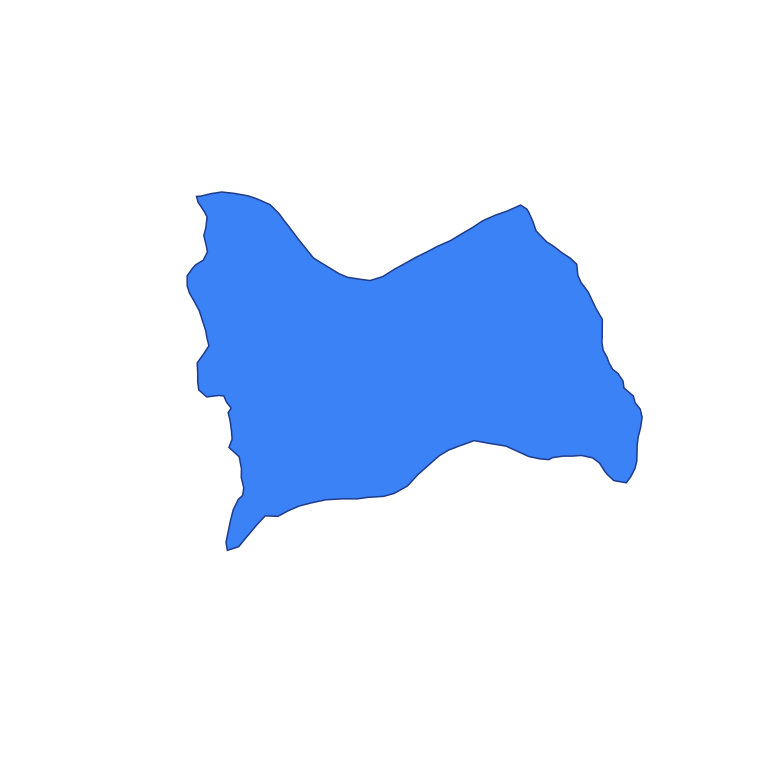 Zaqatala District, Zaqatala, Azerbaijan, rotated 212°
{"feature_id": "54616110B4759617374649", "entity_name": "Zaqatala District", "entity_type": "district", "adm_level": 2, "iso_a3": "AZE", "parent_name": "Azerbaijan", "parent_adm1": "Zaqatala", "projection": "mercator", "projection_center": [46.691, 41.618], "detail": "fine", "context": "isolated", "style": "filled", "palette": "blue", "viewbox_px": 768, "rotation_deg": 212, "n_neighbors": 0, "source": "geoboundaries", "source_scale": "gbopen_adm2", "svg_char_len": 1971}
<svg xmlns="http://www.w3.org/2000/svg" viewBox="0 0 768 768"><g transform="rotate(212 384 384)"><path d="M642.4,443.7L637.8,439.5L628.2,435.2L622.6,432.0L617.9,422.1L615.4,414.3L608.4,407.5L603.7,402.4L602.9,393.2L607.0,385.0L607.6,381.3L608.3,371.4L602.7,362.7L597.1,358.0L588.9,353.6L579.4,348.2L570.8,340.9L563.3,334.6L558.1,328.8L552.7,323.6L552.9,314.1L553.6,302.9L548.0,294.9L543.0,286.9L537.9,280.8L527.5,279.1L517.8,286.9L513.5,289.0L508.4,285.4L500.8,282.5L501.0,277.1L495.4,271.7L488.6,263.5L483.6,256.8L481.9,248.0L468.3,245.6L459.9,236.5L455.6,229.2L447.9,221.6L444.8,214.7L446.4,208.9L445.2,197.4L441.5,185.9L434.1,166.0L428.7,159.9L428.1,160.6L421.0,169.0L419.6,180.1L417.3,196.7L414.9,209.2L403.8,215.6L398.1,225.7L391.0,235.9L383.3,244.0L372.2,254.8L358.4,264.6L346.0,272.3L337.9,279.1L324.8,288.5L317.4,296.6L310.0,310.1L307.3,325.0L303.2,338.8L299.2,352.3L294.4,361.9L287.3,371.4L283.2,376.5L277.6,383.7L262.1,389.9L259.1,391.2L247.6,396.0L222.9,399.2L211.7,403.3L204.2,407.2L202.0,410.9L193.8,417.8L186.1,422.6L178.8,428.0L168.0,431.9L159.4,431.2L150.5,426.9L146.9,425.6L137.8,423.9L126.2,428.6L125.6,436.0L126.4,445.5L128.8,452.6L132.2,458.5L137.0,466.4L140.4,474.0L143.4,483.3L147.5,492.6L153.3,498.4L161.1,501.2L166.3,506.0L178.3,507.7L182.8,513.1L191.0,516.8L198.1,517.7L204.6,521.3L208.9,524.8L216.0,528.7L221.4,535.0L224.0,539.7L233.0,554.4L244.8,560.7L259.5,570.2L270.7,574.5L277.1,578.8L284.0,587.7L292.4,589.4L302.8,589.6L312.9,590.7L321.3,590.7L336.1,594.4L344.1,600.9L352.5,606.5L355.5,608.0L363.0,608.1L371.4,595.7L379.0,586.2L386.7,574.9L392.3,562.8L397.7,552.5L403.5,541.0L411.5,529.3L417.9,518.3L424.2,508.2L430.2,497.1L435.8,487.2L442.0,474.4L450.7,464.3L457.3,461.3L471.3,455.2L480.6,453.7L502.5,453.5L510.7,453.5L523.6,458.0L533.1,461.3L547.1,466.7L555.9,469.9L563.3,472.9L575.7,475.7L590.4,473.6L598.8,471.6L612.3,466.2L623.4,460.8L631.3,454.0L639.1,446.1L642.4,443.7Z" fill="#3b82f6" stroke="#1e3a8a" stroke-width="1.5"/></g></svg>